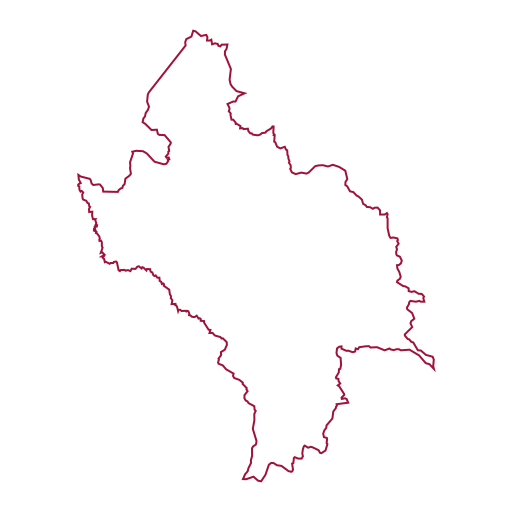 outline of Jataí, Goiás, Brazil, rotated 180°
{"feature_id": "56859067B77206783707200", "entity_name": "Jataí", "entity_type": "district", "adm_level": 2, "iso_a3": "BRA", "parent_name": "Brazil", "parent_adm1": "Goiás", "projection": "robinson", "projection_center": [-51.746, -17.904], "detail": "fine", "context": "isolated", "style": "outline", "palette": "rose", "viewbox_px": 512, "rotation_deg": 180, "n_neighbors": 0, "source": "geoboundaries", "source_scale": "gbopen_adm2", "svg_char_len": 6086}
<svg xmlns="http://www.w3.org/2000/svg" viewBox="0 0 512 512"><g transform="rotate(180 256 256)"><path d="M433.6,337.1L433.2,332.6L431.3,328.9L433.1,328.1L433.9,327.0L433.7,326.0L432.7,325.6L432.6,322.4L431.5,320.4L430.4,321.1L428.8,319.5L429.8,317.4L429.4,313.6L428.8,312.4L425.7,311.2L424.4,308.9L423.2,308.6L422.7,305.6L421.9,305.1L423.0,303.1L422.8,300.0L419.7,300.3L419.9,296.4L419.0,292.8L416.4,292.9L416.8,292.0L415.7,288.9L416.5,287.0L414.9,286.8L415.2,285.4L417.4,284.9L416.6,282.0L418.0,282.7L418.1,281.4L415.6,280.2L416.0,278.9L414.9,278.5L412.7,275.5L412.2,273.4L412.7,272.5L412.5,271.1L411.0,271.4L410.2,269.9L410.1,265.4L409.4,264.4L411.2,259.2L409.9,259.8L407.3,257.1L407.9,256.1L408.6,256.6L410.5,255.4L409.3,255.2L408.9,253.8L407.9,253.1L407.2,249.9L406.4,250.3L402.3,248.2L401.5,249.0L398.8,249.0L398.1,250.1L396.0,250.5L395.1,249.7L393.4,241.8L392.1,240.9L391.5,241.9L387.3,242.1L386.4,241.3L384.1,241.9L381.6,240.9L380.3,243.3L376.5,243.1L374.7,245.3L373.2,245.7L370.4,243.5L369.7,244.8L368.5,244.4L365.6,241.5L365.0,243.0L361.8,242.8L361.7,241.2L360.8,239.9L359.7,239.6L358.7,236.9L357.6,236.0L356.3,236.6L354.7,234.3L352.6,234.3L352.3,231.0L350.8,230.2L350.1,228.0L349.0,228.6L348.0,227.8L348.2,226.2L342.8,222.4L342.1,217.7L341.0,215.8L341.2,213.8L339.6,211.8L340.4,207.9L336.6,208.1L336.7,206.8L335.7,206.5L334.9,205.0L333.9,201.0L333.5,202.2L331.9,202.2L330.4,201.0L326.6,201.2L325.8,200.5L325.0,201.2L323.7,200.8L322.7,198.5L322.9,196.8L321.8,196.7L319.9,195.2L317.5,194.9L315.3,196.3L313.4,193.4L312.3,193.8L311.3,193.0L311.3,191.2L307.9,190.9L307.9,189.3L303.4,182.3L301.6,182.1L302.5,179.0L299.5,179.1L297.1,176.5L291.5,174.9L290.5,173.5L289.2,173.7L285.3,169.9L285.1,167.2L287.2,162.3L291.1,159.9L290.9,156.8L293.5,153.4L293.1,152.4L293.9,149.7L293.5,148.3L289.2,146.6L285.9,142.7L278.4,138.4L279.0,136.1L277.8,134.0L272.8,132.2L269.2,129.4L269.4,128.1L265.3,123.9L265.6,122.6L264.4,120.9L267.5,116.8L267.6,113.8L266.3,111.5L264.5,110.6L263.5,108.9L257.7,105.8L257.4,102.3L256.3,101.1L257.7,98.0L257.6,91.8L259.2,83.2L255.5,71.0L255.8,68.6L256.2,67.4L258.8,65.7L260.0,63.8L259.9,56.0L261.1,51.8L261.0,49.0L263.6,43.7L264.3,40.8L266.9,37.7L269.0,32.9L265.8,32.8L258.5,35.3L253.9,31.3L250.9,30.7L246.6,37.1L243.1,47.3L240.8,49.1L238.3,48.9L235.2,46.8L230.5,46.1L223.5,40.9L220.7,40.2L219.7,40.7L219.0,42.4L219.9,48.4L218.7,48.8L218.1,54.0L217.3,54.8L213.7,53.4L210.4,53.4L209.1,55.6L209.7,58.6L209.1,62.9L208.1,65.7L207.3,66.4L203.9,64.3L201.2,65.2L199.7,64.8L193.4,61.8L192.0,59.2L190.7,58.8L186.5,61.5L184.6,67.9L185.4,69.0L184.9,72.8L185.2,74.1L188.0,74.8L188.8,78.3L187.7,81.6L185.7,84.2L185.5,86.6L179.6,93.5L178.7,100.5L176.2,103.8L176.0,105.2L175.1,106.3L175.4,107.8L163.8,109.3L165.4,113.0L167.0,113.7L170.2,113.1L170.4,114.5L167.7,117.1L168.0,118.2L172.8,125.7L174.2,126.6L171.8,128.5L173.4,130.9L173.6,133.2L175.7,133.5L176.1,134.7L173.2,139.6L173.0,142.8L171.7,143.2L170.9,147.2L171.4,154.1L174.7,156.4L175.5,158.9L175.0,163.5L173.0,165.2L170.5,165.6L170.5,163.3L165.4,161.1L164.0,161.4L159.3,159.8L156.9,160.5L156.3,163.5L154.1,162.8L152.8,164.8L146.3,165.7L143.0,165.8L141.5,164.5L135.0,164.8L127.4,161.7L122.4,163.5L121.4,162.6L118.3,161.9L115.4,162.8L112.8,162.7L111.3,161.7L102.5,162.3L92.9,156.6L86.3,148.9L82.5,147.8L78.1,143.1L78.8,145.9L78.2,152.4L79.4,155.3L86.1,157.1L91.2,161.5L94.1,161.7L98.8,169.6L100.6,170.1L102.8,172.6L104.4,173.1L107.1,176.4L107.2,177.6L99.8,184.9L101.5,188.7L100.9,190.7L97.7,193.3L99.9,199.0L104.7,202.7L105.1,204.4L103.1,207.7L102.8,209.7L101.6,211.1L96.1,210.3L92.6,211.1L91.3,210.3L87.7,210.3L88.7,213.9L88.0,215.5L90.3,218.1L93.3,218.2L97.6,220.8L100.4,220.1L103.3,220.9L103.4,223.7L106.7,225.6L109.0,226.0L115.0,229.9L114.6,231.4L112.1,233.2L111.3,235.3L112.7,240.0L114.6,243.5L115.0,246.8L113.1,247.0L111.1,248.6L110.2,251.4L112.1,255.3L115.1,256.6L115.7,257.8L115.9,259.9L115.0,262.8L115.8,265.1L113.4,268.3L114.8,270.9L114.1,272.0L114.6,273.6L118.5,274.5L121.5,274.1L122.8,276.4L124.4,283.8L124.4,293.7L125.1,294.7L124.4,297.8L125.1,298.9L127.2,297.5L131.9,297.5L132.0,301.7L134.4,304.4L137.4,304.3L139.1,303.2L141.9,304.8L145.3,305.1L146.2,306.6L148.9,308.2L150.1,312.4L153.5,315.5L155.4,316.4L158.6,319.9L162.0,320.7L164.8,325.7L166.7,327.0L166.5,330.1L164.7,332.9L166.7,341.3L172.9,345.1L179.2,347.2L184.0,345.5L189.1,346.8L193.2,346.6L196.7,345.9L203.4,339.4L205.5,338.4L210.7,339.4L216.3,337.9L220.1,339.6L221.8,343.1L221.2,344.0L221.3,346.7L223.1,349.3L222.5,350.7L223.6,353.4L223.7,355.7L224.5,357.0L224.8,361.7L226.0,362.4L227.2,365.2L231.7,363.6L234.9,365.3L236.7,369.7L237.8,370.4L237.3,376.9L238.3,377.0L238.0,377.9L238.7,379.1L238.4,385.5L239.5,385.6L241.0,383.5L245.6,380.8L246.5,379.4L250.1,378.9L252.0,377.3L254.4,376.7L258.0,377.2L259.4,377.5L260.2,378.6L261.8,378.7L263.7,381.1L264.1,383.3L268.5,382.9L269.4,383.9L271.9,383.6L271.5,385.9L275.5,388.3L276.3,388.1L276.5,389.7L278.8,392.3L280.5,392.3L281.5,396.9L281.3,398.6L283.2,400.7L282.5,402.8L282.7,404.5L284.5,408.0L278.8,410.5L276.5,410.5L273.9,415.7L267.4,418.7L275.5,420.9L279.9,425.4L281.5,428.0L282.4,432.3L281.1,443.0L287.1,457.4L287.0,460.7L285.4,463.3L284.6,467.5L290.4,467.3L291.7,465.6L293.6,466.2L294.2,468.0L297.0,468.7L299.9,467.7L300.7,472.3L302.2,471.5L305.0,471.5L304.6,474.8L305.7,477.1L311.1,476.0L316.5,480.7L318.8,481.3L320.6,475.4L325.7,472.9L326.8,469.8L326.4,466.5L363.1,419.7L364.2,417.5L364.9,410.3L363.0,405.3L364.1,402.1L366.3,399.0L367.0,395.5L368.6,393.6L369.4,389.9L366.7,388.1L360.5,382.0L355.1,382.3L354.2,378.2L352.7,377.1L347.4,376.9L341.2,369.6L341.3,368.5L343.5,365.1L342.8,361.0L343.7,360.3L343.6,358.5L346.2,355.4L345.3,354.2L343.3,354.5L342.7,352.7L344.2,352.2L343.8,351.0L345.7,348.2L348.2,347.7L357.5,350.3L365.1,358.5L369.0,360.8L375.7,361.2L379.7,360.3L379.0,358.5L382.0,349.6L381.6,345.9L382.0,344.1L381.1,338.2L382.6,336.3L386.6,333.3L387.4,327.9L389.1,326.2L389.6,324.1L391.4,323.5L393.4,321.8L394.1,320.1L408.8,320.4L409.2,323.9L411.8,327.3L413.0,327.7L418.7,327.0L420.4,328.5L421.3,331.9L422.3,333.2L431.4,335.5L433.6,337.1Z" fill="none" stroke="#9f1239" stroke-width="2"/></g></svg>